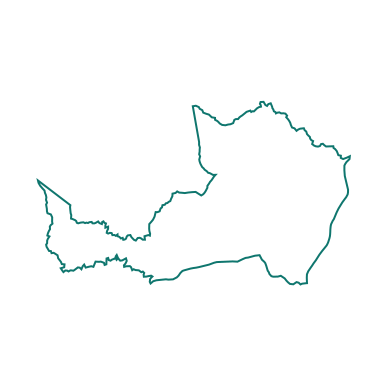 the district of Porto Franco, Maranhão, Brazil, rotated 190°
{"feature_id": "56859067B97891861760151", "entity_name": "Porto Franco", "entity_type": "district", "adm_level": 2, "iso_a3": "BRA", "parent_name": "Brazil", "parent_adm1": "Maranhão", "projection": "robinson", "projection_center": [-47.099, -6.384], "detail": "fine", "context": "isolated", "style": "outline", "palette": "teal", "viewbox_px": 384, "rotation_deg": 190, "n_neighbors": 0, "source": "geoboundaries", "source_scale": "gbopen_adm2", "svg_char_len": 5024}
<svg xmlns="http://www.w3.org/2000/svg" viewBox="0 0 384 384"><g transform="rotate(190 192 192)"><path d="M42.6,251.8L42.8,254.6L45.5,252.7L48.9,250.7L51.4,251.4L51.7,253.6L54.3,253.7L55.5,255.8L56.6,257.5L58.6,259.2L60.2,259.9L60.8,261.6L65.1,260.7L67.9,260.1L69.9,261.1L71.5,262.2L73.2,261.6L74.0,259.5L75.8,258.6L78.0,258.5L79.8,258.9L82.0,260.1L81.6,263.2L83.5,263.8L84.9,265.1L85.5,266.7L87.1,267.7L88.8,269.0L90.0,271.4L91.8,272.4L92.9,274.2L96.6,273.1L98.2,272.0L99.7,270.4L102.1,272.5L104.7,272.9L106.4,275.4L107.1,276.9L108.2,278.4L109.9,280.2L112.2,282.0L111.6,283.7L113.6,285.4L115.6,285.4L117.9,284.9L119.8,285.6L121.8,284.9L123.0,284.0L123.7,285.2L125.4,285.7L126.3,287.5L127.3,288.4L127.9,289.9L129.9,293.0L132.1,291.8L133.0,289.8L134.8,290.4L137.2,293.2L140.1,292.5L140.4,290.6L139.4,289.5L138.9,288.0L140.8,287.2L142.5,285.7L143.9,283.7L145.1,282.1L146.5,282.0L147.6,281.1L148.7,282.3L152.2,280.4L153.1,279.3L155.8,276.2L157.1,275.0L158.3,273.7L159.3,271.8L161.5,271.4L162.8,270.4L163.4,267.0L165.9,265.4L168.2,264.7L170.7,263.5L174.0,263.3L176.6,264.3L178.1,265.5L179.4,266.3L181.8,267.1L182.2,269.0L185.5,269.0L188.8,271.2L191.6,271.5L194.7,272.1L196.1,274.4L198.9,275.3L200.0,276.8L203.2,277.6L206.1,276.6L193.7,242.5L193.2,239.6L192.0,237.3L191.8,234.9L191.5,233.2L191.5,230.4L190.2,228.5L190.5,225.3L189.9,223.6L188.7,221.4L186.4,218.4L184.5,217.2L183.5,216.2L181.0,215.0L179.4,213.7L177.9,213.7L176.3,213.2L174.4,212.5L171.8,213.0L173.0,211.1L174.0,208.8L174.8,207.0L176.0,205.1L176.7,203.2L177.9,200.7L177.6,198.8L178.9,194.8L179.7,193.1L180.6,191.7L182.3,190.2L188.4,192.7L191.8,191.9L195.7,190.8L198.9,189.7L201.8,189.5L204.5,189.2L206.7,190.0L208.0,188.2L210.9,187.0L210.6,184.4L211.4,181.6L211.8,179.3L213.3,178.2L214.3,176.9L215.8,176.3L216.6,174.7L218.8,173.9L218.9,171.6L220.1,170.3L220.5,167.4L222.4,166.2L224.3,165.9L224.6,161.2L225.6,157.9L226.9,155.6L228.5,153.0L227.8,148.4L227.2,146.2L226.0,143.6L225.9,141.7L227.5,142.0L231.1,140.2L230.1,136.9L232.2,136.5L234.4,137.6L235.7,137.8L237.5,137.2L238.9,134.4L240.8,134.8L243.8,137.0L245.2,138.9L247.7,138.1L248.5,136.9L248.9,134.6L250.0,133.5L251.4,133.0L252.3,134.8L254.0,133.9L255.7,135.2L257.6,135.5L258.0,137.2L259.5,135.6L260.9,136.2L262.9,135.7L264.0,137.6L265.8,137.5L267.4,136.5L268.9,137.0L268.9,138.8L268.2,141.1L268.6,143.3L271.1,141.8L271.5,143.9L271.3,146.1L272.9,146.4L274.1,147.7L275.2,146.9L275.2,144.8L277.8,145.3L279.3,146.7L281.7,144.7L282.9,144.1L284.6,143.9L285.6,145.1L287.9,144.4L289.0,143.4L290.7,143.5L291.9,142.8L293.7,143.3L296.4,142.5L298.7,141.4L300.1,141.7L301.0,143.3L302.3,144.0L304.8,144.6L306.5,144.8L306.9,148.3L307.8,150.0L308.8,153.4L309.5,156.1L309.5,157.9L345.7,176.6L344.7,174.3L342.6,171.8L339.8,169.5L337.5,167.8L336.7,165.7L335.4,163.7L334.5,161.5L334.4,158.9L332.9,156.3L333.5,154.3L332.8,152.4L332.0,150.2L331.5,147.8L330.6,146.0L327.1,145.4L325.3,142.8L324.6,138.4L323.9,136.6L325.4,134.8L326.0,133.3L325.4,130.7L326.2,128.6L326.7,126.3L326.9,124.0L324.7,123.5L325.8,120.9L326.2,119.1L325.8,116.4L326.5,114.8L325.7,112.8L322.5,109.1L320.7,109.3L319.7,107.4L317.7,108.1L315.7,107.3L313.4,106.3L312.3,103.5L309.0,100.5L307.7,98.4L305.0,98.6L304.8,95.7L308.0,94.1L306.0,92.0L304.7,90.8L303.1,92.7L301.3,92.9L299.8,92.3L298.2,93.7L296.7,93.9L295.1,93.9L293.7,95.3L291.3,97.9L289.4,98.0L287.5,96.7L286.7,100.0L285.6,101.8L283.6,99.1L280.3,100.6L278.3,101.4L276.1,101.2L274.9,106.7L271.5,107.1L269.7,107.6L266.4,107.0L265.4,105.0L263.8,105.9L264.6,111.7L263.1,112.5L262.2,110.5L260.3,110.2L259.2,111.4L257.4,112.5L255.9,113.8L254.5,112.1L253.3,114.1L252.2,113.0L250.8,111.9L248.9,112.5L247.6,113.5L245.5,115.2L244.3,112.8L245.1,110.0L246.3,108.0L245.8,106.5L244.0,107.4L240.3,108.2L239.0,107.4L237.3,104.6L236.1,105.8L234.0,105.3L232.3,105.5L230.7,105.6L228.0,104.2L226.6,105.1L225.0,104.0L225.3,102.2L224.7,100.2L222.2,100.8L220.0,101.7L217.7,102.5L216.3,101.9L217.4,100.4L218.1,99.1L218.0,96.2L216.9,94.7L214.7,97.4L211.7,98.9L202.5,101.5L200.0,101.6L195.5,102.7L192.1,105.3L190.7,107.3L189.4,110.2L187.7,112.6L186.1,113.5L180.2,116.3L177.6,117.3L174.8,118.2L172.0,119.3L162.7,123.4L157.9,126.2L155.4,127.3L139.9,130.7L135.1,131.3L130.4,134.7L127.8,136.4L125.3,137.2L118.9,140.2L114.5,141.5L111.4,137.5L108.7,135.8L107.5,134.7L106.1,132.3L103.8,127.7L102.4,126.3L101.5,124.7L99.2,122.9L97.3,122.7L92.8,123.6L90.0,124.9L85.7,123.0L83.5,121.0L81.7,119.7L79.6,118.5L76.2,118.7L73.4,121.4L71.2,121.2L69.1,119.8L67.7,120.8L64.1,121.9L62.9,122.2L63.5,124.8L64.1,127.7L64.5,130.9L63.8,134.0L61.9,138.3L60.9,140.4L59.9,142.8L58.2,146.2L55.7,152.3L53.8,156.1L53.1,157.4L52.3,158.8L50.1,162.8L49.6,164.4L49.2,165.9L48.8,168.8L48.6,170.4L48.5,172.2L48.6,174.1L48.9,176.7L49.2,178.8L49.4,181.0L49.5,182.8L49.4,184.5L48.4,188.1L47.6,189.9L46.0,197.1L44.8,201.2L42.2,207.8L40.1,212.1L39.3,213.6L38.3,216.6L38.3,218.7L38.7,221.3L44.3,234.3L45.7,239.8L46.5,244.5L46.0,246.2L45.1,248.3L42.6,251.8ZM255.9,113.8L255.9,115.5L255.2,116.9L254.3,115.5L255.9,113.8Z" fill="none" stroke="#0f766e" stroke-width="2"/></g></svg>